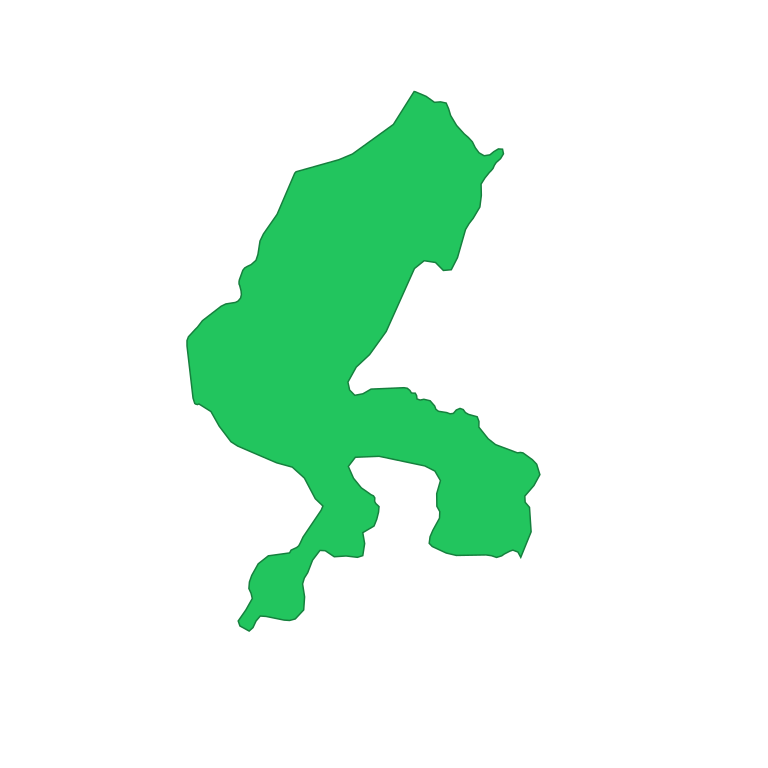 the border of Kebbi, rotated 25°
{"feature_id": "NGA-2879", "entity_name": "Kebbi", "entity_type": "State", "adm_level": 1, "iso_a3": "NGA", "parent_name": "Nigeria", "parent_adm1": "", "projection": "natural_earth1", "projection_center": [4.708, 11.664], "detail": "fine", "context": "isolated", "style": "filled", "palette": "green", "viewbox_px": 768, "rotation_deg": 25, "n_neighbors": 0, "source": "natural_earth", "source_scale": "10m", "svg_char_len": 2666}
<svg xmlns="http://www.w3.org/2000/svg" viewBox="0 0 768 768"><g transform="rotate(25 384 384)"><path d="M221.9,481.8L220.7,481.6L216.9,477.5L189.4,432.8L187.1,427.9L186.8,423.8L189.9,414.1L190.9,411.4L192.7,403.3L203.5,382.4L206.8,378.3L214.8,372.9L216.6,370.7L217.7,366.8L217.0,363.3L215.1,360.0L211.5,355.6L210.8,355.1L210.3,354.5L209.4,352.6L208.9,350.8L208.0,340.6L208.7,337.7L210.5,335.1L213.1,332.0L215.7,326.0L215.0,319.9L211.2,306.8L211.3,299.0L215.4,275.4L214.0,230.7L214.6,228.8L248.3,199.8L258.2,188.9L282.8,144.8L287.7,106.2L289.0,105.9L300.7,105.5L310.7,107.4L316.0,104.4L321.6,103.1L326.3,107.3L330.9,112.5L340.5,119.0L350.9,123.4L356.5,125.0L361.8,127.2L366.9,131.3L372.4,134.3L378.3,134.8L383.1,131.6L385.4,126.9L388.3,122.6L392.2,121.1L395.0,124.9L394.4,130.5L392.1,135.8L391.6,139.1L391.7,142.5L391.0,145.3L390.1,147.7L388.4,154.6L387.5,161.8L392.5,171.9L396.1,183.1L394.8,196.1L393.3,202.7L392.6,209.5L397.2,238.4L396.7,252.0L389.8,256.0L379.3,252.1L368.3,255.3L362.8,266.5L363.8,335.5L358.5,363.5L351.7,380.4L350.5,397.5L355.4,404.0L362.3,406.6L369.0,401.8L374.4,394.1L403.7,378.9L406.9,378.0L410.2,378.9L412.6,380.5L414.5,379.9L416.2,379.1L418.5,380.8L420.2,383.6L423.5,383.3L426.6,381.0L432.9,379.7L439.2,382.5L441.7,385.0L444.9,385.7L452.9,383.4L456.5,383.1L459.3,381.3L460.5,377.0L463.2,374.0L466.6,373.7L469.9,375.5L473.5,375.8L482.3,374.3L485.9,377.8L488.2,383.0L501.5,389.6L510.7,391.8L534.1,390.0L536.5,388.4L539.1,387.7L550.5,389.9L556.3,392.2L563.6,400.3L562.8,412.6L559.0,426.1L561.9,431.5L568.0,434.3L579.8,455.8L581.2,483.3L576.4,479.7L571.0,480.1L568.8,482.2L564.9,487.2L563.3,490.0L559.3,493.6L554.0,494.2L548.7,495.8L522.0,508.8L511.8,510.9L496.4,510.9L492.3,509.3L490.3,503.0L490.1,495.9L491.0,482.1L488.5,476.1L483.6,472.5L478.1,461.1L476.0,447.7L466.9,441.4L455.6,441.0L410.1,451.6L389.0,462.5L386.5,473.8L396.2,482.3L407.3,487.7L419.1,489.8L421.7,489.8L423.8,491.1L425.1,494.3L427.1,495.8L431.3,497.2L433.2,502.4L434.6,509.7L435.0,516.9L427.6,527.7L433.9,536.8L437.3,548.5L433.2,552.3L422.3,555.9L411.9,561.6L401.2,559.9L396.3,561.9L393.7,573.8L394.6,587.3L393.8,593.6L394.7,599.6L402.0,610.5L406.7,622.7L402.9,634.4L398.4,638.2L393.2,640.2L375.3,644.5L369.9,646.6L368.2,652.9L368.2,660.1L366.2,664.9L355.7,664.2L352.0,660.4L354.3,647.1L355.3,634.1L352.0,629.9L348.0,626.5L345.7,620.3L345.0,613.4L346.0,600.1L351.8,588.6L369.8,577.0L370.0,573.8L373.9,569.2L375.1,566.8L375.3,563.7L375.3,556.9L380.4,524.9L380.2,520.4L370.2,517.0L351.6,502.9L336.0,498.1L320.0,500.8L277.8,502.1L269.7,501.0L252.5,491.9L238.8,482.1L224.7,480.3L223.6,481.5L223.4,481.5L221.9,481.8Z" fill="#22c55e" stroke="#15803d" stroke-width="1.5"/></g></svg>